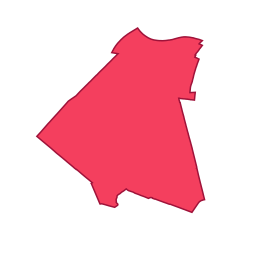 outline of Zoeterwoude, Zuid-Holland, Netherlands, rotated 348°
{"feature_id": "6326949B96348311169789", "entity_name": "Zoeterwoude", "entity_type": "district", "adm_level": 2, "iso_a3": "NLD", "parent_name": "Netherlands", "parent_adm1": "Zuid-Holland", "projection": "equal_earth", "projection_center": [4.519, 52.114], "detail": "fine", "context": "isolated", "style": "filled", "palette": "rose", "viewbox_px": 256, "rotation_deg": 348, "n_neighbors": 0, "source": "geoboundaries", "source_scale": "gbopen_adm2", "svg_char_len": 5490}
<svg xmlns="http://www.w3.org/2000/svg" viewBox="0 0 256 256"><g transform="rotate(348 128 128)"><path d="M218.9,58.0L218.5,57.7L217.8,57.3L215.9,56.1L215.5,55.9L213.8,55.1L213.2,54.8L212.2,54.3L210.6,53.4L209.8,53.1L208.1,52.4L207.6,52.2L206.8,51.9L205.9,51.6L204.8,51.3L203.5,50.9L203.0,50.8L201.5,50.5L200.7,50.4L200.1,50.4L199.5,50.3L198.6,50.3L198.3,50.3L198.0,50.3L197.3,50.3L196.1,50.3L194.3,50.4L192.3,50.5L191.1,50.6L189.9,50.7L189.7,50.7L186.8,50.6L186.2,50.5L183.3,50.3L181.1,50.0L179.8,49.8L179.4,49.7L178.6,49.5L177.9,49.3L177.3,49.2L175.6,48.7L174.4,48.3L172.8,47.7L172.0,47.4L170.9,46.9L170.4,46.6L169.6,46.2L169.1,45.9L168.1,45.2L166.8,44.2L166.3,43.8L165.1,42.6L164.4,41.9L163.8,41.3L162.7,40.0L161.8,38.9L161.0,37.6L160.4,36.7L159.8,35.7L159.3,34.6L158.7,33.4L158.3,32.4L158.2,32.2L157.8,32.3L157.7,32.4L151.4,34.6L149.6,35.2L148.7,35.6L147.6,36.0L146.8,36.3L146.1,36.7L144.7,37.3L143.7,37.8L143.2,38.0L142.1,38.6L141.5,39.0L140.8,39.4L140.0,39.9L139.9,39.9L138.9,40.6L137.9,41.3L136.9,42.0L136.4,42.3L135.1,43.3L133.6,44.6L132.9,45.2L131.5,46.6L131.2,46.9L130.6,47.5L130.0,48.3L129.0,49.4L128.4,50.2L127.8,50.9L130.5,52.0L133.5,53.2L133.3,53.3L133.5,53.4L131.2,54.9L130.3,55.5L129.1,56.2L128.5,56.6L127.9,57.0L127.7,57.1L127.4,57.3L126.8,57.7L126.0,58.3L124.6,59.2L123.8,59.7L121.9,60.9L121.2,61.3L120.4,61.9L119.9,62.2L118.8,63.0L117.5,63.8L116.1,64.7L115.3,65.2L113.2,66.5L112.1,67.2L111.3,67.7L110.9,68.0L109.7,68.8L109.5,69.0L109.4,69.1L109.1,69.3L108.8,69.5L108.6,69.6L108.4,69.6L107.0,70.5L105.3,71.6L103.5,72.8L102.6,73.4L101.9,73.9L100.8,74.6L99.1,75.6L98.1,76.3L97.2,76.9L96.7,77.2L95.6,77.9L94.2,78.8L93.0,79.6L89.2,82.0L87.6,83.1L83.9,85.7L80.5,87.1L77.8,88.2L76.2,88.9L75.1,89.4L73.0,91.0L67.3,95.2L64.7,97.1L61.0,99.8L60.4,100.2L55.0,104.1L52.4,106.0L50.9,107.0L42.0,113.7L37.1,117.2L38.8,119.4L40.5,121.6L45.3,127.7L47.6,130.6L48.3,131.5L50.4,134.3L52.8,137.6L53.7,138.7L56.7,142.4L59.3,145.7L60.0,146.6L60.4,147.1L61.2,148.2L64.5,152.4L66.6,155.1L67.2,156.0L68.7,157.8L68.9,157.7L69.3,158.2L69.9,158.9L71.3,160.7L72.4,162.2L73.0,163.0L75.1,165.7L75.2,165.8L75.3,166.0L75.5,166.2L75.6,166.3L75.7,166.5L76.3,167.2L76.9,168.0L77.4,168.6L78.6,170.1L79.7,171.5L80.3,172.3L81.7,174.1L80.5,174.6L80.6,174.8L84.8,196.5L85.2,196.6L85.8,196.6L86.1,196.6L86.3,196.6L86.5,196.7L87.0,196.9L87.3,197.0L89.8,198.3L92.2,199.6L92.5,199.7L92.9,200.0L98.5,202.8L101.6,201.5L101.7,201.4L101.8,201.3L102.0,201.2L102.2,200.6L102.2,200.4L102.1,200.1L101.7,199.5L101.5,199.2L101.2,198.7L101.0,198.3L101.0,198.2L101.2,197.8L101.3,197.4L101.4,197.1L101.4,196.9L101.4,196.5L101.4,196.4L101.4,195.9L101.5,195.7L101.7,195.2L101.9,194.9L102.0,194.6L102.6,193.9L102.7,193.7L102.8,193.5L102.8,193.3L102.9,193.1L103.0,192.7L103.2,192.3L103.3,192.0L103.4,191.9L103.5,191.8L104.7,191.1L105.2,190.9L105.5,190.8L105.8,190.8L106.5,190.5L106.7,190.4L108.3,189.5L108.6,189.4L109.0,189.2L109.7,189.0L110.2,188.8L110.8,188.6L111.1,188.4L111.6,188.2L113.6,187.2L114.0,187.7L114.6,188.5L114.9,188.8L115.3,189.1L115.6,189.4L115.9,189.6L117.0,190.2L117.6,190.6L119.4,191.6L120.0,192.1L120.3,192.3L120.5,192.5L120.8,192.8L121.1,193.1L121.6,193.4L121.7,193.5L122.0,193.7L122.5,193.9L122.7,194.1L123.2,194.4L124.5,195.2L126.5,196.6L129.6,198.5L131.5,199.8L133.4,201.1L135.1,200.7L135.3,200.8L135.7,200.7L135.9,200.7L136.9,201.1L137.4,201.4L137.3,201.8L139.4,203.1L139.5,203.1L139.8,203.1L141.0,203.9L146.4,207.3L147.0,207.7L150.6,209.9L151.8,210.7L153.0,211.3L153.4,211.4L153.8,211.5L154.6,212.1L155.4,212.6L161.9,216.7L165.3,218.9L173.0,223.8L181.3,215.9L181.6,215.7L181.9,215.4L182.1,215.3L182.5,215.0L183.0,214.8L183.2,214.7L183.7,214.5L183.9,214.4L184.3,214.3L184.7,214.2L185.0,214.2L185.6,214.1L185.9,214.1L186.1,214.0L186.4,214.0L188.0,214.0L187.9,211.9L187.7,204.8L187.6,202.7L187.3,195.0L187.1,188.4L187.0,181.5L186.8,181.4L187.0,181.2L187.1,180.6L186.5,162.5L186.5,162.3L186.5,160.8L186.4,159.8L186.4,158.8L186.3,157.4L186.2,155.9L186.2,154.7L186.1,153.8L186.1,153.7L186.0,152.0L185.9,150.9L185.8,149.4L185.8,149.1L185.8,148.3L185.7,147.8L185.7,146.9L185.7,146.0L185.5,143.7L185.4,141.1L185.3,139.0L185.2,137.6L185.2,137.0L185.2,135.8L185.1,135.5L185.1,134.8L184.9,130.3L184.9,128.5L184.8,126.9L184.7,125.5L184.6,123.6L184.5,121.1L184.5,120.2L184.4,118.7L184.4,118.1L184.3,115.3L184.3,114.2L184.3,113.9L184.1,113.8L184.0,113.7L183.9,113.6L184.0,113.3L183.8,111.1L183.8,109.4L184.3,109.5L184.6,109.6L185.0,109.9L185.2,110.0L185.3,110.0L185.8,110.2L187.1,110.6L187.3,110.6L187.6,110.8L190.1,111.5L190.7,111.8L191.2,111.9L192.3,112.2L193.0,112.5L193.5,112.7L193.9,112.8L194.4,113.0L194.9,113.3L196.1,113.6L196.6,113.8L197.0,113.9L197.8,114.2L198.6,114.4L198.8,114.5L198.9,114.2L200.3,109.8L200.9,108.0L201.2,107.1L196.9,106.4L195.9,106.2L196.6,104.1L197.5,101.3L197.6,101.1L197.7,100.7L198.3,99.6L198.7,98.8L199.7,97.3L199.9,96.8L200.4,96.2L200.9,95.0L201.6,93.5L202.1,92.6L202.5,91.8L203.0,90.6L203.4,89.8L203.8,89.0L204.0,88.6L204.6,87.5L205.0,86.8L205.8,85.3L206.0,85.0L206.2,84.6L206.6,83.8L207.0,83.1L207.4,82.5L207.5,82.3L207.7,82.1L208.3,81.0L208.7,80.3L209.0,79.8L209.6,78.8L210.2,77.9L210.5,77.4L210.7,77.1L211.8,75.4L211.0,74.8L210.8,74.7L210.5,74.4L210.3,74.2L209.4,73.5L209.0,73.3L208.1,72.6L208.3,72.4L208.8,71.7L209.0,71.4L209.4,70.9L208.8,70.5L209.5,69.8L210.6,68.8L210.9,68.6L211.3,68.3L212.1,67.7L213.7,66.3L213.9,66.1L214.5,65.4L215.4,64.8L216.3,64.0L217.9,62.6L216.8,61.8L215.0,60.5L215.3,60.2L215.7,59.9L218.9,58.0Z" fill="#f43f5e" stroke="#9f1239" stroke-width="1.5"/></g></svg>